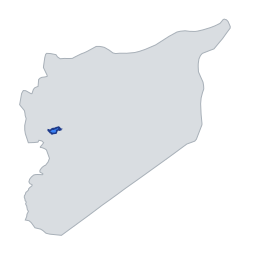 location of Ar-Rastan, Homs (Hims), Syria, rotated 357°
{"feature_id": "27442178B10190550865888", "entity_name": "Ar-Rastan", "entity_type": "district", "adm_level": 2, "iso_a3": "SYR", "parent_name": "Syria", "parent_adm1": "Homs (Hims)", "projection": "orthographic", "projection_center": [36.766, 34.897], "detail": "fine", "context": "in_parent", "style": "filled", "palette": "blue", "viewbox_px": 256, "rotation_deg": 357, "n_neighbors": 0, "source": "geoboundaries", "source_scale": "gbopen_adm2", "svg_char_len": 3827}
<svg xmlns="http://www.w3.org/2000/svg" viewBox="0 0 256 256"><g transform="rotate(357 128 128)"><path d="M25.4,85.1L27.8,85.4L33.1,88.7L33.9,88.6L35.6,84.4L37.1,82.9L40.4,81.7L41.3,74.9L42.8,73.6L44.6,72.9L47.4,72.7L49.9,72.3L50.0,71.1L46.7,63.2L47.0,61.3L48.6,53.3L49.6,50.2L50.6,49.2L54.5,49.6L59.9,51.0L61.3,53.3L63.9,55.3L67.9,55.2L72.4,55.5L76.0,55.6L78.9,54.2L85.2,51.5L88.4,50.5L91.3,49.3L100.5,44.9L104.2,45.1L106.8,45.7L108.7,46.3L113.2,49.2L116.8,52.2L119.4,53.0L123.9,52.9L130.5,53.3L138.6,53.0L143.3,52.1L149.3,50.4L159.9,46.5L173.8,38.6L181.9,34.7L185.4,34.1L190.1,33.9L194.7,34.7L200.0,35.1L202.5,34.9L208.1,33.9L215.4,32.1L220.0,30.6L225.4,28.3L228.7,24.7L229.8,24.3L231.3,24.9L232.0,25.1L233.5,26.9L235.3,31.7L235.4,32.3L235.2,33.7L231.7,37.9L227.1,43.7L223.7,47.3L218.0,53.5L213.5,54.9L206.1,57.4L204.1,59.5L202.4,62.9L201.5,67.5L201.3,70.3L201.3,75.6L203.3,81.0L205.3,86.1L205.7,89.6L205.7,93.0L204.2,96.7L202.6,101.8L201.8,107.5L201.7,118.2L202.1,127.2L202.0,128.7L199.1,135.2L195.7,142.8L194.0,144.6L185.9,147.1L177.1,152.9L167.2,159.4L158.2,165.2L148.7,171.3L138.9,177.6L131.8,182.1L122.3,188.1L113.7,193.8L104.9,199.5L98.1,203.8L87.9,210.7L81.9,214.7L73.0,220.5L65.2,225.6L55.9,231.7L44.3,229.9L40.6,228.8L37.6,225.9L35.4,224.4L29.9,222.8L26.4,217.4L24.3,215.4L20.6,214.5L22.2,211.1L22.6,208.8L24.2,206.0L23.2,204.2L22.7,200.3L22.1,199.4L21.8,198.3L22.4,197.1L22.2,195.8L21.5,195.3L21.3,193.3L20.8,191.9L21.0,190.2L21.9,189.0L22.7,186.9L23.7,186.2L25.2,184.9L25.7,183.4L27.1,182.1L28.9,180.9L29.3,180.0L29.1,179.5L27.2,178.5L26.2,176.6L27.1,174.0L27.8,173.2L28.9,171.9L31.4,170.0L33.3,169.7L35.0,169.7L37.8,169.9L40.0,170.2L40.6,169.7L40.5,169.1L37.8,167.5L37.7,166.2L38.3,164.9L40.3,162.7L42.6,161.2L43.7,160.9L46.4,157.8L48.0,154.2L45.4,145.6L43.7,144.3L41.1,143.1L39.5,142.9L39.4,142.3L41.5,140.1L43.0,138.3L41.3,136.4L38.4,135.6L37.3,137.4L33.5,137.6L27.7,137.5L25.2,128.4L24.8,124.5L25.0,120.0L26.8,113.3L26.0,110.2L25.9,108.2L25.5,105.3L21.0,99.1L23.6,87.9L25.4,85.1Z" fill="#d9dde1" stroke="#a8b0b8" stroke-width="1"/><path d="M61.0,125.6L60.7,125.5L60.3,125.2L60.1,125.0L60.0,124.7L59.9,124.6L59.8,124.4L59.5,124.0L59.4,124.0L59.4,123.9L59.2,123.8L59.1,123.7L58.9,123.5L58.8,123.4L58.7,123.4L58.6,123.5L58.4,123.5L58.2,123.7L57.9,123.8L57.6,123.8L57.5,123.7L57.1,123.8L56.9,123.8L56.7,123.9L56.4,124.2L56.3,124.3L56.2,124.3L56.1,124.2L56.0,124.3L55.9,124.3L55.8,124.2L55.7,124.2L55.7,124.3L55.8,124.6L55.5,124.7L55.4,124.7L55.3,124.8L55.2,124.8L54.9,124.8L54.7,124.6L54.3,124.6L54.2,124.7L54.0,125.1L53.9,125.2L53.7,125.2L53.6,124.9L53.5,125.0L53.4,125.0L53.4,125.3L53.2,125.3L53.1,125.2L53.1,124.9L52.9,124.8L52.7,124.7L52.6,124.8L52.4,125.0L52.2,125.2L51.9,125.1L51.6,125.1L51.2,125.6L51.1,125.8L50.9,125.8L50.8,126.0L50.6,126.1L50.5,126.3L50.4,126.4L50.2,126.4L49.9,126.5L49.7,126.5L49.6,126.4L49.5,126.2L49.4,126.2L49.3,126.3L49.2,126.3L48.9,126.4L48.7,126.4L48.7,126.5L48.7,126.4L48.5,126.2L48.8,126.1L48.9,125.9L48.8,125.7L48.7,125.7L48.3,125.6L48.3,125.9L48.3,126.3L48.4,126.6L48.6,126.8L48.8,126.9L48.9,127.0L49.0,127.1L49.2,127.3L49.3,127.5L49.6,127.5L49.9,128.2L49.9,128.3L50.0,128.4L50.1,128.6L50.3,128.7L50.5,128.8L50.8,128.8L51.0,128.8L51.3,128.9L51.4,129.2L51.5,129.2L51.6,129.4L51.6,129.5L51.5,129.8L51.8,130.0L51.9,129.9L52.0,129.9L52.5,129.5L52.8,129.4L52.9,129.5L53.2,129.6L53.4,129.6L53.6,129.5L53.8,129.5L54.1,129.5L54.5,129.5L55.3,129.4L55.7,129.4L55.8,129.4L55.9,129.2L56.1,129.0L56.2,128.7L56.3,128.5L56.6,127.8L56.6,127.7L56.8,127.4L56.6,126.8L56.6,126.7L57.0,126.5L57.4,126.5L57.7,126.4L57.8,126.4L58.1,126.3L58.4,126.3L58.5,126.3L58.6,126.2L58.6,125.4L58.8,125.3L58.9,125.5L59.1,125.5L59.2,126.1L59.4,126.5L59.5,126.6L59.8,126.5L60.0,126.4L60.4,126.3L60.7,126.3L60.7,126.2L60.7,125.7L60.8,125.7L61.0,125.6Z" fill="#3b82f6" stroke="#1e3a8a" stroke-width="1.5"/></g></svg>